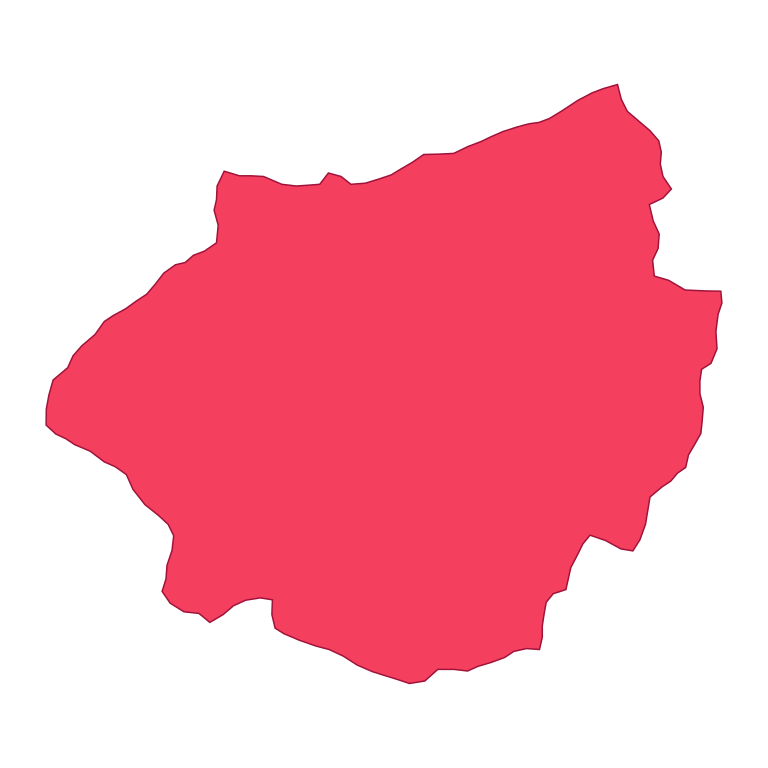 the district of Pedralva, Minas Gerais, Brazil
{"feature_id": "56859067B80700931197230", "entity_name": "Pedralva", "entity_type": "district", "adm_level": 2, "iso_a3": "BRA", "parent_name": "Brazil", "parent_adm1": "Minas Gerais", "projection": "mercator", "projection_center": [-45.453, -22.248], "detail": "fine", "context": "isolated", "style": "filled", "palette": "rose", "viewbox_px": 768, "rotation_deg": 0, "n_neighbors": 0, "source": "geoboundaries", "source_scale": "gbopen_adm2", "svg_char_len": 2000}
<svg xmlns="http://www.w3.org/2000/svg" viewBox="0 0 768 768"><path d="M224.2,171.2L217.1,186.0L216.5,199.6L214.1,210.2L218.2,225.3L216.5,242.8L204.3,251.2L193.4,255.3L185.2,262.5L175.4,264.8L163.8,273.1L155.0,284.5L146.7,294.2L136.8,300.7L125.7,308.7L113.3,315.5L104.3,321.5L95.1,334.4L81.8,345.8L73.1,355.7L67.7,367.7L53.1,380.0L48.9,395.0L46.3,409.1L46.1,425.1L55.9,434.1L65.8,438.7L74.8,444.7L90.2,451.2L104.3,461.9L115.2,466.7L126.4,474.6L133.0,489.4L145.0,504.7L158.3,515.3L168.1,524.3L173.7,535.7L172.0,550.5L167.0,565.3L166.0,578.9L162.1,591.4L170.2,603.2L183.9,611.8L198.9,613.4L209.8,622.4L223.1,614.6L233.4,605.8L245.6,600.2L260.4,597.9L272.4,599.8L271.9,614.6L275.1,628.2L284.1,633.8L299.5,640.3L315.8,646.0L329.1,649.5L343.4,656.2L357.1,665.0L372.5,671.7L385.2,675.7L397.2,679.4L409.4,683.5L424.8,681.0L437.8,669.4L453.9,669.4L467.6,671.0L477.9,666.4L491.8,662.2L504.8,657.4L513.8,651.4L526.5,648.6L539.5,649.5L542.3,637.2L542.3,625.9L544.0,614.6L546.2,602.3L553.2,593.7L565.9,589.6L570.8,567.6L577.8,554.2L582.8,544.0L590.0,535.2L605.5,540.5L620.9,548.9L632.9,550.9L639.9,539.8L645.5,524.3L650.0,497.0L662.0,486.9L670.8,481.1L677.4,473.2L685.7,467.4L688.5,454.9L694.5,444.7L700.9,433.4L702.2,420.5L703.3,407.3L699.9,393.6L699.9,381.1L701.6,369.3L711.0,363.3L717.0,348.8L715.9,331.4L718.1,314.3L721.9,303.0L720.8,291.2L704.8,290.9L685.1,290.0L668.6,280.3L654.3,276.1L652.6,260.2L658.1,248.4L659.2,234.1L653.2,220.9L649.3,204.5L663.0,198.0L671.4,189.0L663.0,176.5L660.3,164.0L661.3,152.2L658.8,140.9L650.0,130.7L637.8,120.3L627.3,111.3L621.3,99.3L617.5,84.5L603.3,88.6L592.2,92.8L577.8,100.4L562.0,110.8L549.4,118.5L539.1,122.4L529.0,123.8L517.7,126.8L503.3,131.4L491.1,136.7L480.9,141.6L468.2,146.4L453.7,153.4L439.6,154.1L423.7,154.5L412.2,162.4L400.4,169.3L391.2,174.9L379.0,179.0L365.3,183.2L350.9,184.3L341.1,176.5L328.4,173.0L319.7,184.3L307.0,185.3L296.1,186.0L281.8,184.3L263.6,176.5L251.2,175.8L239.4,175.8L224.2,171.2Z" fill="#f43f5e" stroke="#9f1239" stroke-width="1.5"/></svg>